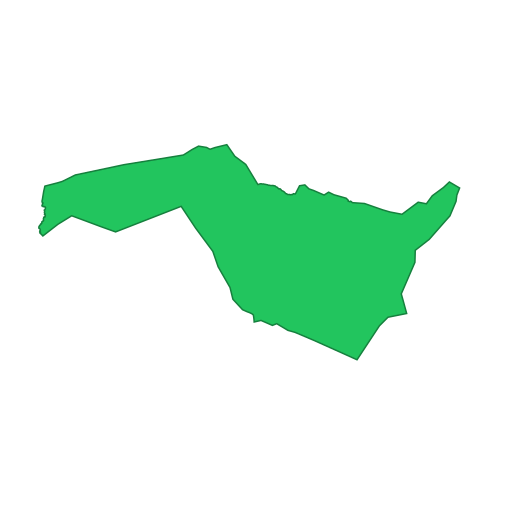 Tonkhil, Govi-Altay, Mongolia, rotated 82°
{"feature_id": "93677404B45605151129701", "entity_name": "Tonkhil", "entity_type": "district", "adm_level": 2, "iso_a3": "MNG", "parent_name": "Mongolia", "parent_adm1": "Govi-Altay", "projection": "orthographic", "projection_center": [93.425, 45.796], "detail": "fine", "context": "isolated", "style": "filled", "palette": "green", "viewbox_px": 512, "rotation_deg": 82, "n_neighbors": 0, "source": "geoboundaries", "source_scale": "gbopen_adm2", "svg_char_len": 4213}
<svg xmlns="http://www.w3.org/2000/svg" viewBox="0 0 512 512"><g transform="rotate(82 256 256)"><path d="M157.5,455.4L160.3,456.4L162.3,457.2L170.3,459.7L171.9,460.3L173.3,460.2L173.5,460.2L173.7,459.9L173.7,459.7L173.8,459.7L174.0,459.7L174.0,459.8L174.3,459.9L174.3,460.0L174.5,460.0L174.9,460.1L175.1,460.3L175.4,460.5L175.5,460.5L175.8,460.6L176.1,460.7L176.2,460.8L176.4,460.9L176.5,461.0L176.7,460.9L176.7,460.7L176.9,460.4L177.1,460.2L177.3,460.1L177.2,459.8L177.2,459.7L177.4,459.6L177.5,459.6L177.7,459.4L177.7,459.2L177.6,458.8L177.7,458.6L177.8,458.5L178.0,458.4L178.0,458.2L178.2,457.9L178.3,457.7L178.3,457.3L178.4,457.5L178.6,457.6L178.8,457.7L179.0,457.7L179.1,457.8L179.3,457.8L179.5,457.9L179.6,458.0L179.9,458.1L180.3,458.2L180.5,458.3L180.7,458.6L180.8,458.8L181.0,459.0L181.1,459.3L181.4,459.3L181.6,459.2L181.8,459.1L182.0,459.0L182.3,459.0L182.5,459.1L182.9,459.3L183.1,459.4L183.3,459.4L183.6,459.5L183.8,459.5L183.9,459.4L184.3,459.3L184.5,459.3L184.6,459.2L184.7,459.3L184.9,459.4L185.1,459.5L185.3,459.6L185.4,459.3L185.5,459.1L185.8,459.0L186.0,459.0L186.2,458.9L186.4,459.0L186.7,459.1L186.8,459.3L187.1,459.4L187.2,459.5L187.3,459.6L187.5,459.6L187.8,459.4L187.9,459.5L188.0,459.6L188.2,459.8L188.1,460.1L188.1,460.3L188.1,460.6L188.1,460.8L188.4,460.8L188.5,460.8L188.9,461.1L189.1,461.2L189.3,461.3L189.5,461.3L189.8,461.4L190.3,461.4L190.7,461.4L190.8,461.4L191.0,461.4L191.3,461.4L191.5,461.5L191.7,461.8L191.8,462.0L191.8,462.4L191.8,462.5L192.0,462.6L192.1,462.8L192.2,463.0L192.4,463.3L192.5,463.4L192.9,463.4L193.2,463.5L193.5,463.5L193.9,463.7L193.9,463.8L194.0,464.0L194.1,464.3L194.3,464.3L194.3,464.5L194.4,464.8L194.5,464.9L194.6,465.0L194.8,465.1L195.0,465.2L195.1,465.3L195.3,465.5L195.5,465.7L195.6,465.8L195.7,466.0L195.9,466.1L196.0,466.3L196.5,466.6L196.7,466.8L197.0,466.9L197.1,467.0L197.4,467.0L197.8,467.1L198.2,467.1L198.4,467.0L198.5,467.0L198.6,466.9L198.7,466.7L198.8,466.5L198.9,466.4L199.1,466.2L199.4,466.1L199.6,466.0L199.9,466.0L200.2,466.0L200.4,466.0L200.5,466.0L200.7,466.3L200.8,466.4L200.9,466.5L201.1,466.4L201.3,466.3L201.5,466.3L201.6,466.5L201.8,466.8L202.0,466.9L202.3,466.8L202.3,466.7L202.2,466.6L202.1,466.4L202.3,466.2L202.5,466.1L202.9,466.4L203.2,466.7L206.0,464.6L206.4,464.4L206.5,464.3L197.0,447.7L190.5,432.9L205.5,405.2L212.6,391.7L196.4,323.2L220.0,311.9L245.4,298.1L261.4,295.0L283.6,286.1L295.6,284.9L307.3,276.8L310.0,272.5L311.1,270.4L312.5,268.3L313.5,267.2L314.0,266.9L315.3,266.8L317.9,266.8L321.1,267.0L320.5,260.0L327.0,249.4L325.9,244.9L334.1,234.7L335.3,231.9L337.1,227.9L347.3,210.9L372.8,170.4L342.3,143.5L335.0,133.8L333.9,114.8L320.6,116.5L313.7,117.4L284.4,99.5L272.5,97.5L263.6,82.1L247.6,63.5L243.3,58.4L229.7,50.3L223.6,48.6L217.0,44.9L209.6,54.2L214.3,60.9L220.9,73.1L228.0,80.0L225.3,87.9L235.0,105.6L231.1,117.1L227.9,124.2L219.1,141.3L216.6,153.1L215.5,154.0L215.1,154.4L214.9,154.7L214.9,154.9L215.2,155.3L215.3,155.5L214.9,156.3L214.5,157.0L214.4,157.1L213.9,156.9L213.5,157.0L211.3,158.7L206.2,170.3L202.9,175.2L205.1,180.1L199.1,189.9L196.9,194.2L192.4,197.7L192.5,203.1L199.9,208.3L200.0,208.7L199.5,210.3L200.2,211.4L200.3,211.9L200.0,212.6L200.2,213.4L200.1,213.8L199.9,214.0L199.7,214.3L199.7,214.9L199.6,215.6L199.5,216.2L199.4,216.4L199.1,216.5L198.9,216.7L198.6,217.0L198.5,217.4L198.3,217.9L197.8,218.2L197.4,218.5L197.0,218.7L196.6,219.0L196.4,219.2L195.9,219.8L195.6,220.1L195.4,220.4L195.2,220.7L195.0,221.2L194.7,221.5L193.8,222.0L193.1,222.5L192.8,222.9L192.7,223.1L192.9,223.8L192.5,224.2L192.1,224.7L191.9,224.8L191.3,225.0L191.0,225.4L190.7,225.7L190.6,226.1L189.9,226.9L189.4,227.2L189.2,227.5L189.1,227.8L189.0,228.2L188.9,228.7L188.6,229.1L188.5,229.7L188.3,231.4L188.1,232.2L187.8,232.6L187.8,233.7L187.7,233.8L187.4,234.1L187.2,234.4L187.2,234.5L186.9,235.2L186.8,235.5L186.7,235.9L186.5,236.3L186.4,236.5L186.3,237.0L186.2,237.5L186.0,237.8L185.9,238.0L185.7,238.5L185.7,239.2L185.4,240.3L185.1,241.0L185.2,242.6L185.4,243.3L185.5,244.2L163.9,253.4L154.3,263.1L141.7,269.4L142.9,281.5L143.9,286.7L141.6,289.9L139.2,297.6L141.6,304.3L145.9,313.9L147.2,374.0L150.6,423.6L155.2,437.5L155.9,442.0L157.4,455.3L157.5,455.4Z" fill="#22c55e" stroke="#15803d" stroke-width="1.5"/></g></svg>